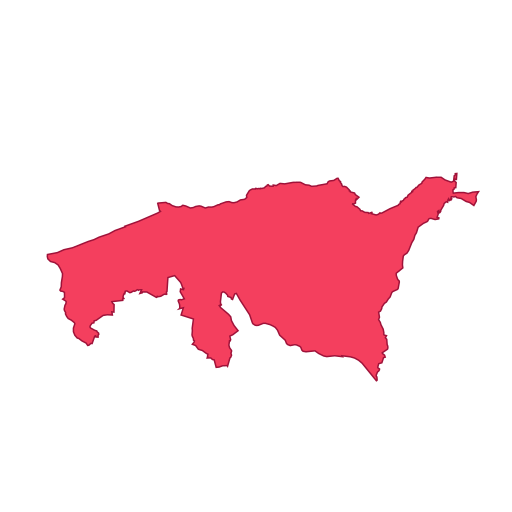 the district of Comanesti, Bacau, Romania, rotated 192°
{"feature_id": "2599482B34680832118241", "entity_name": "Comanesti", "entity_type": "district", "adm_level": 2, "iso_a3": "ROU", "parent_name": "Romania", "parent_adm1": "Bacau", "projection": "orthographic", "projection_center": [26.421, 46.409], "detail": "fine", "context": "isolated", "style": "filled", "palette": "rose", "viewbox_px": 512, "rotation_deg": 192, "n_neighbors": 0, "source": "geoboundaries", "source_scale": "gbopen_adm2", "svg_char_len": 6107}
<svg xmlns="http://www.w3.org/2000/svg" viewBox="0 0 512 512"><g transform="rotate(192 256 256)"><path d="M455.9,207.9L451.5,207.7L447.7,206.1L444.9,203.1L441.6,198.6L441.1,195.6L440.8,189.4L440.1,185.4L440.7,181.9L439.8,181.1L437.6,181.2L435.8,180.6L434.6,175.4L436.1,173.6L432.9,172.5L432.1,171.7L432.1,169.4L432.6,168.2L432.6,164.2L432.0,162.8L430.5,161.2L430.3,159.7L428.6,157.5L426.7,155.8L423.2,154.8L419.9,153.1L419.1,152.1L419.6,147.5L418.8,143.9L416.7,140.8L413.8,138.6L412.2,138.5L408.7,136.8L404.1,135.5L402.0,133.5L400.9,134.0L399.4,136.1L398.1,136.3L397.1,144.0L396.3,144.6L395.8,143.5L393.6,143.8L394.0,145.8L393.5,146.7L394.0,147.9L395.4,148.6L396.2,149.6L398.3,149.8L402.9,151.2L403.7,152.1L403.6,153.5L402.4,156.2L400.7,156.9L400.8,159.0L399.0,159.8L393.2,166.1L389.3,167.6L384.2,168.4L385.4,171.4L383.3,171.6L384.7,179.0L386.5,180.0L387.5,181.4L377.1,184.9L377.5,186.3L376.4,186.9L377.6,188.1L377.5,190.3L377.1,192.0L376.8,192.4L376.5,192.1L376.4,192.8L376.6,194.3L375.1,195.0L371.8,193.9L370.7,194.4L368.6,196.3L367.6,196.2L366.4,196.9L365.2,198.3L364.6,198.5L363.9,198.0L363.0,198.7L360.9,199.2L361.8,195.2L359.6,196.4L359.7,197.2L355.3,198.1L344.8,194.8L344.3,195.1L344.2,196.0L343.1,195.9L340.8,196.8L338.1,199.3L336.9,199.9L336.0,199.7L335.4,200.1L336.2,202.2L335.7,202.8L337.7,216.6L331.5,219.9L324.6,214.8L323.5,213.6L320.7,209.1L319.8,209.3L319.9,208.0L322.9,208.1L322.7,205.3L317.2,199.2L320.0,197.6L321.1,197.7L322.7,196.9L322.8,195.9L320.9,193.1L320.2,191.3L319.7,189.0L320.1,188.4L316.3,190.3L317.0,182.7L304.1,181.4L303.4,172.1L302.7,169.6L302.2,165.6L301.7,164.4L300.1,162.3L299.6,160.6L298.6,160.2L298.6,158.9L299.9,156.4L296.5,155.9L293.0,152.8L288.8,152.4L284.2,150.3L282.6,150.0L282.6,147.9L282.3,147.8L282.6,146.1L279.1,146.9L277.1,145.7L275.3,145.7L271.8,138.8L269.0,139.7L265.8,141.7L261.4,142.8L260.9,142.3L260.3,150.9L259.7,151.6L259.3,153.9L260.3,155.7L260.1,157.8L260.3,158.5L262.7,160.7L264.0,163.2L264.3,167.6L263.6,167.6L263.4,168.9L265.0,172.2L262.4,174.1L258.0,179.2L263.1,183.5L266.6,187.7L268.1,191.3L270.8,193.3L279.9,198.2L281.7,199.9L280.4,201.0L280.1,200.5L279.7,201.0L280.8,202.2L281.3,204.0L282.1,212.5L281.1,214.0L279.9,214.1L278.1,213.5L275.6,211.7L275.2,210.6L271.8,210.2L271.2,208.9L269.9,208.6L269.0,214.4L267.4,215.3L262.4,209.6L250.0,197.2L245.6,189.8L244.8,189.0L242.4,188.1L240.9,188.2L239.3,188.7L235.0,191.6L232.9,192.1L227.9,191.8L224.7,191.0L222.3,190.2L219.6,188.0L216.4,183.5L209.9,179.7L207.9,176.7L206.5,175.9L203.9,175.5L200.0,177.2L198.2,177.5L194.3,176.7L193.2,176.0L191.5,173.4L190.2,172.6L187.2,172.7L178.6,175.5L174.5,173.7L169.0,172.3L165.9,172.3L158.3,174.8L150.4,175.5L151.1,176.3L142.7,177.0L138.4,176.7L134.0,175.4L129.9,173.2L112.3,159.0L111.8,159.5L111.8,160.1L112.6,162.8L113.5,163.6L113.6,164.7L113.0,167.9L112.0,169.1L111.6,170.4L111.7,171.2L113.6,172.0L113.8,172.6L113.6,176.2L110.7,177.7L110.1,183.1L108.6,183.9L109.6,185.7L112.1,187.0L112.4,187.6L108.0,192.2L107.9,193.5L108.4,195.3L109.3,196.6L110.8,201.7L112.5,202.9L111.8,205.2L114.1,205.3L114.7,205.9L115.0,207.6L116.4,210.9L119.6,214.9L120.6,216.9L122.9,219.3L122.5,221.8L124.4,226.6L122.8,228.0L122.1,230.6L122.2,232.4L121.2,234.8L120.6,236.3L118.9,238.1L117.7,241.4L116.3,243.8L115.6,248.5L114.9,249.6L110.6,252.8L110.2,253.9L110.4,260.4L110.8,261.4L112.5,262.5L114.6,265.9L115.2,267.8L115.1,268.5L109.9,274.9L110.9,277.7L111.5,281.3L111.9,286.6L111.1,288.1L109.0,290.1L107.8,293.2L106.4,301.4L105.1,305.2L104.9,309.2L103.9,312.1L103.4,317.9L99.1,322.7L95.8,325.2L95.2,326.1L94.9,327.7L94.3,328.6L92.7,329.2L88.4,328.9L85.0,330.3L85.0,331.3L86.9,331.5L86.5,334.9L87.7,337.3L86.6,338.5L85.7,336.3L85.1,336.8L84.6,338.2L84.8,339.1L83.0,344.5L82.9,346.5L81.1,348.7L79.7,348.4L79.9,351.0L79.5,352.1L78.4,350.5L77.6,351.6L77.0,351.2L76.4,352.6L77.3,353.0L77.3,354.6L74.8,354.9L73.2,355.7L71.5,354.8L67.2,354.9L61.7,353.0L58.3,352.8L53.4,350.7L52.0,355.3L52.1,356.8L53.3,359.7L52.7,362.6L51.7,365.2L57.3,363.5L61.4,361.2L65.7,361.3L71.3,360.1L76.1,358.5L76.7,359.9L77.1,361.7L76.2,362.5L76.2,363.9L74.8,364.4L75.5,369.5L77.4,370.6L77.5,372.6L75.9,372.6L76.7,378.5L78.2,378.0L77.8,376.9L78.8,375.7L78.3,370.3L80.4,368.8L86.9,369.7L91.3,371.5L96.1,370.5L102.6,368.3L106.0,368.2L106.8,366.3L108.9,362.9L109.0,361.5L111.5,359.2L112.8,356.6L113.7,356.3L114.3,355.1L116.2,353.0L116.2,351.6L117.1,351.6L116.9,350.7L119.9,347.1L120.3,345.0L122.0,344.1L122.1,343.3L123.0,342.5L123.4,341.0L124.7,340.1L124.9,339.2L125.8,339.6L126.1,338.6L125.9,337.2L127.2,336.0L127.4,335.2L134.8,330.1L141.7,324.3L142.8,323.7L143.7,324.0L145.0,322.2L147.0,321.1L151.8,321.4L151.5,322.4L151.8,322.8L154.6,321.1L155.3,321.8L158.7,321.3L161.4,322.2L163.1,322.0L164.1,323.3L167.6,325.2L169.0,325.1L172.3,326.8L172.3,327.1L171.5,327.2L169.7,328.4L170.3,331.3L169.9,332.8L169.3,332.1L167.5,334.9L171.6,336.7L172.7,338.1L177.0,338.3L177.4,339.2L178.2,339.1L178.5,340.0L181.8,342.2L183.9,342.5L185.4,342.0L186.2,342.5L187.0,343.3L187.0,344.0L188.8,345.6L188.8,346.4L190.1,346.9L191.9,349.1L192.9,348.8L195.6,346.1L199.6,344.7L200.8,343.7L201.5,341.4L210.1,337.9L211.2,337.1L216.1,335.7L218.8,336.3L222.5,335.9L227.7,337.3L229.2,337.1L235.1,335.7L243.0,332.5L247.6,332.0L250.8,329.1L253.9,329.0L253.7,327.9L254.6,327.6L257.3,327.2L258.9,328.3L259.7,327.8L260.1,326.5L261.0,326.1L262.0,324.4L264.3,323.3L265.9,323.1L266.0,322.6L267.8,322.5L268.9,321.9L270.2,322.2L270.6,321.9L270.6,321.4L273.5,320.8L275.4,319.3L276.2,318.3L277.9,313.4L277.2,311.3L278.9,309.1L282.9,307.6L285.8,304.9L288.7,303.5L290.7,303.2L293.7,303.6L296.5,302.7L301.8,299.5L302.3,298.6L303.8,298.2L307.5,295.5L309.5,294.6L312.7,294.0L315.6,292.4L320.1,293.3L322.0,293.2L325.3,291.9L327.5,290.3L330.2,289.3L335.1,290.3L337.9,290.4L338.5,290.2L339.2,289.0L341.9,287.8L344.5,287.4L348.6,287.9L351.6,289.2L353.3,289.0L355.3,289.7L362.8,287.4L363.1,287.1L359.9,280.6L358.7,279.8L361.1,277.6L378.1,265.5L390.4,257.9L389.9,257.4L399.2,251.6L404.6,247.0L413.4,241.8L417.9,238.3L423.0,235.4L437.4,225.8L445.2,222.2L451.0,218.0L460.3,214.1L460.0,212.0L459.0,209.9L455.9,207.9Z" fill="#f43f5e" stroke="#9f1239" stroke-width="1.5"/></g></svg>